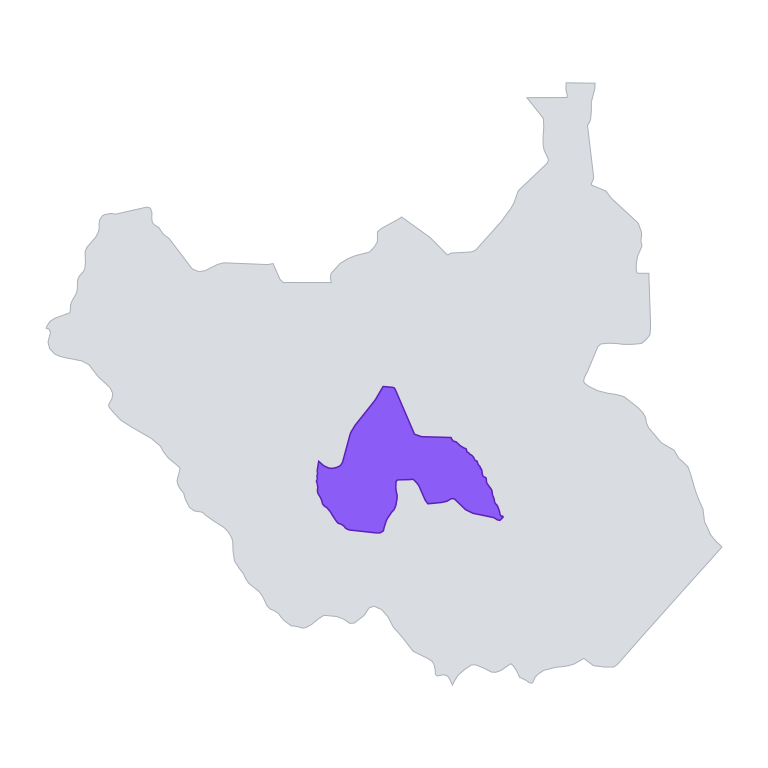 location of Lakes within South Sudan
{"feature_id": "SDS-863", "entity_name": "Lakes", "entity_type": "State", "adm_level": 1, "iso_a3": "SSD", "parent_name": "South Sudan", "parent_adm1": "", "projection": "robinson", "projection_center": [30.344, 6.76], "detail": "fine", "context": "in_parent", "style": "filled", "palette": "violet", "viewbox_px": 768, "rotation_deg": 0, "n_neighbors": 0, "source": "natural_earth", "source_scale": "10m", "svg_char_len": 5583}
<svg xmlns="http://www.w3.org/2000/svg" viewBox="0 0 768 768"><path d="M643.4,634.9L618.6,663.1L616.9,664.8L613.8,667.0L603.8,667.0L593.4,665.6L583.8,658.4L574.2,664.0L568.0,665.8L564.4,666.4L555.7,667.3L543.6,670.4L538.1,674.2L535.1,677.2L532.7,682.7L531.4,683.2L529.2,682.6L526.1,680.4L519.6,677.2L516.3,670.2L513.3,665.9L510.8,663.7L500.5,670.7L495.6,672.3L491.5,672.1L484.0,668.2L475.8,664.9L471.5,664.9L465.2,669.1L458.0,675.3L454.2,681.5L452.4,685.2L449.9,679.5L447.5,676.0L444.0,674.7L437.1,676.0L435.4,674.1L435.1,669.2L434.1,664.8L432.3,661.4L427.0,658.1L413.2,651.3L402.7,637.8L397.4,631.6L393.5,627.5L388.0,616.9L381.7,609.6L374.1,606.2L369.1,607.9L363.9,615.7L354.2,623.1L349.7,623.3L344.0,619.3L336.8,616.5L323.9,615.3L318.6,618.7L311.6,624.4L305.7,627.7L302.0,628.1L298.6,626.8L294.7,626.1L291.3,625.9L284.4,620.8L280.9,617.0L278.5,613.4L274.6,610.9L270.0,608.9L266.8,605.6L265.1,601.6L262.6,596.4L259.2,591.7L248.7,583.3L245.5,578.4L243.4,573.6L239.1,568.2L234.5,561.1L233.0,550.7L232.8,542.3L231.9,538.4L229.9,534.5L227.7,531.2L224.0,527.5L215.4,522.1L206.5,515.9L202.3,512.2L194.2,510.9L189.4,507.3L185.4,499.5L183.7,493.2L179.7,488.3L177.9,484.8L177.0,480.7L180.2,468.3L175.5,463.9L168.5,458.2L163.5,451.9L160.5,446.2L151.5,438.6L132.0,427.3L120.7,420.1L114.5,413.6L109.2,407.3L108.6,404.7L112.1,398.3L112.7,393.1L109.8,387.4L98.1,376.6L88.8,364.6L81.8,360.9L64.7,357.6L59.8,356.3L54.7,354.0L49.7,348.7L48.0,342.3L50.5,332.2L49.0,329.1L46.1,328.2L46.9,326.1L50.1,321.2L55.4,318.0L69.5,312.9L70.3,311.0L70.6,304.7L71.7,301.6L76.6,292.8L77.3,289.3L77.5,281.8L78.2,278.3L79.6,275.8L83.5,271.4L84.8,268.8L85.4,263.0L85.1,251.7L87.0,247.2L95.9,236.9L98.3,232.3L99.2,228.2L99.1,224.0L99.6,219.9L102.3,215.9L104.5,214.6L111.1,213.4L115.5,214.2L146.7,207.1L150.3,208.1L151.9,212.3L151.8,218.9L152.3,222.2L153.9,224.5L158.9,227.6L162.3,232.9L164.1,234.9L169.1,238.5L192.2,268.9L198.7,271.7L205.0,270.7L217.6,264.4L223.9,262.8L267.9,264.6L272.9,263.6L273.2,263.8L279.8,279.0L283.0,282.5L331.3,282.6L330.4,278.3L331.0,273.5L339.5,264.1L340.7,263.0L348.2,258.6L355.5,255.6L369.5,252.1L374.6,246.6L377.4,241.6L377.5,231.7L379.4,230.0L382.7,227.7L398.9,218.9L401.6,217.0L430.2,237.6L446.3,253.9L447.3,254.7L448.1,255.0L449.0,254.4L449.7,253.7L451.6,253.0L458.5,252.7L471.5,251.9L475.8,250.0L501.8,220.9L508.4,211.6L510.1,209.7L513.9,203.1L517.9,191.7L518.6,190.4L547.2,163.2L548.2,161.0L548.4,159.3L544.1,150.1L543.2,145.5L543.0,138.3L543.8,127.1L543.5,120.0L543.1,118.2L542.9,117.8L526.9,97.7L567.2,97.5L567.2,95.0L567.1,94.2L566.3,91.7L565.9,88.6L565.9,86.8L566.1,85.1L566.1,84.2L566.0,83.4L566.0,83.1L566.2,82.8L595.1,83.2L594.8,88.8L591.3,102.2L591.4,110.2L590.6,119.3L589.6,122.0L588.1,124.3L587.6,125.3L587.6,126.3L593.7,177.5L593.3,179.6L591.7,182.8L591.3,183.9L591.2,184.7L591.9,185.2L605.2,190.8L605.8,191.1L606.4,191.6L611.2,198.1L637.5,222.4L638.4,223.6L641.2,231.2L641.5,232.4L641.6,234.2L641.5,235.6L640.9,240.2L641.1,242.3L641.5,243.6L641.9,245.2L641.9,245.7L641.7,246.8L637.8,255.6L636.5,261.9L636.1,267.2L636.4,270.2L636.8,272.2L637.2,273.0L637.6,273.2L648.9,273.3L648.9,276.1L650.5,322.3L650.5,327.5L650.1,334.0L648.7,336.5L645.5,340.2L641.5,343.5L631.3,344.4L622.8,344.3L616.7,343.5L608.5,343.2L600.7,344.0L597.8,346.8L587.6,371.3L584.4,377.5L583.6,381.1L584.6,383.2L588.6,386.3L597.4,390.6L607.5,393.2L615.1,394.3L620.2,395.5L624.2,396.8L638.5,408.0L643.1,413.1L645.7,417.7L646.3,422.6L648.4,427.5L661.5,442.9L674.0,450.1L678.8,458.3L683.4,462.3L687.8,466.6L690.2,472.9L695.6,491.4L699.3,501.1L703.0,509.0L704.5,521.9L707.5,527.6L710.5,534.7L715.6,541.0L720.9,545.8L721.9,547.1L668.0,607.3L643.4,634.9Z" fill="#d9dde1" stroke="#a8b0b8" stroke-width="1"/><path d="M383.1,386.5L392.4,387.3L393.4,387.6L394.4,388.1L395.1,389.1L414.5,434.2L421.6,436.7L451.0,437.5L451.2,438.1L452.9,440.8L453.2,441.1L453.8,441.3L454.3,441.3L455.8,441.7L456.3,442.0L460.4,445.9L462.4,446.9L463.3,447.6L463.9,448.0L465.4,448.4L466.1,448.8L466.4,449.5L466.7,451.0L466.9,451.7L467.2,452.0L468.3,452.5L468.7,452.8L469.6,453.9L470.0,454.3L471.2,454.9L472.2,455.7L473.6,457.3L474.5,459.3L475.1,460.3L475.9,460.7L476.9,461.0L477.4,462.0L477.7,463.2L478.1,464.4L480.0,466.5L480.3,467.1L480.3,467.8L480.4,468.4L480.9,468.6L481.5,469.2L481.9,470.6L482.3,473.9L482.7,475.2L483.2,476.3L483.9,476.9L485.0,477.2L485.9,477.7L486.3,479.0L486.5,481.9L487.2,483.7L491.1,489.0L491.6,489.9L492.0,491.0L492.2,492.2L492.5,495.0L494.0,498.5L494.6,501.7L495.1,503.4L495.9,504.1L496.5,504.5L497.2,505.5L497.8,506.6L499.7,512.0L499.8,513.4L500.0,514.1L500.4,515.0L501.0,515.8L501.5,516.4L501.9,516.4L502.3,516.1L502.7,516.1L503.1,517.2L500.0,520.3L497.7,520.0L493.7,517.6L473.0,513.3L465.6,509.7L454.3,498.8L451.2,498.7L446.8,501.3L441.3,502.5L427.9,503.8L425.2,500.2L419.0,486.0L416.9,483.1L414.8,480.8L413.7,479.8L412.6,479.2L409.9,479.6L397.6,479.9L396.7,480.6L396.0,481.9L395.8,487.9L396.4,492.3L397.1,495.0L397.1,498.1L396.0,504.8L394.9,508.0L393.9,509.9L391.6,512.3L387.3,518.6L386.1,521.2L384.1,527.6L383.4,530.8L380.4,532.8L376.1,532.9L349.5,530.0L347.4,529.3L345.3,528.0L344.4,526.5L343.2,525.6L342.0,524.7L340.3,523.9L338.2,523.3L336.6,521.6L332.2,515.0L330.5,512.0L326.9,507.7L324.2,506.0L322.6,503.9L321.6,500.3L320.5,497.7L318.1,493.7L317.6,492.0L317.4,489.9L317.8,487.4L317.2,483.4L316.4,481.2L317.4,478.9L316.9,476.1L317.6,473.6L317.2,470.6L318.7,461.3L323.7,465.7L328.6,468.0L330.6,468.3L332.7,468.3L334.8,467.9L336.9,467.3L339.0,466.4L340.8,465.1L342.0,463.2L342.7,461.7L350.2,434.0L351.3,431.5L355.3,425.0L375.2,400.0L383.1,386.5Z" fill="#8b5cf6" stroke="#5b21b6" stroke-width="1.5"/></svg>